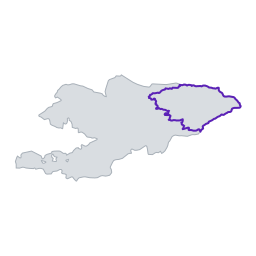 Ysyk-Köl highlighted on a map of Kyrgyzstan
{"feature_id": "KGZ-1117", "entity_name": "Ysyk-Köl", "entity_type": "Region", "adm_level": 1, "iso_a3": "KGZ", "parent_name": "Kyrgyzstan", "parent_adm1": "", "projection": "albers", "projection_center": [77.293, 42.048], "detail": "fine", "context": "in_parent", "style": "outline", "palette": "violet", "viewbox_px": 256, "rotation_deg": 0, "n_neighbors": 0, "source": "natural_earth", "source_scale": "10m", "svg_char_len": 8197}
<svg xmlns="http://www.w3.org/2000/svg" viewBox="0 0 256 256"><path d="M51.9,151.7L52.6,151.4L54.7,151.1L59.1,151.0L60.5,151.4L63.3,153.4L65.6,153.3L66.0,153.6L66.7,155.1L70.0,153.1L72.3,152.6L73.6,150.5L76.2,148.0L78.3,147.7L78.3,148.1L78.7,148.5L80.8,149.3L81.4,148.6L81.8,147.7L81.2,146.1L81.2,145.5L81.9,144.6L85.2,146.2L86.0,146.2L87.5,145.5L89.0,144.2L89.6,143.1L96.7,139.8L97.2,139.2L97.1,138.7L94.3,137.7L93.0,138.1L91.7,138.0L91.1,137.5L87.6,137.1L86.8,136.7L84.6,133.9L81.9,132.1L80.5,132.1L78.8,132.7L78.3,132.3L78.3,129.9L78.0,128.4L77.1,128.0L75.8,128.5L72.3,127.4L72.1,124.3L71.0,121.5L69.2,120.3L69.2,118.6L68.6,117.9L68.1,118.0L67.3,118.8L67.5,120.7L67.1,122.5L66.7,123.3L65.8,124.0L64.9,123.9L63.4,122.9L62.7,128.4L62.4,128.7L60.6,127.8L59.0,128.0L56.8,127.5L55.1,126.5L51.9,125.2L50.4,124.1L49.7,120.3L48.9,118.9L48.0,118.6L44.4,119.6L41.0,117.0L39.2,116.4L38.8,115.7L39.0,114.9L44.8,111.2L47.2,108.5L48.6,107.4L52.1,106.5L53.1,103.9L53.4,103.6L57.0,102.6L61.1,100.6L61.2,100.0L60.8,99.5L57.5,97.1L55.6,97.9L54.7,96.7L54.8,95.4L56.1,93.4L57.1,92.4L57.7,90.4L59.2,89.1L60.8,87.1L62.7,85.4L66.0,84.3L67.8,84.9L69.5,84.7L72.2,83.8L73.9,83.8L80.5,85.8L82.8,86.1L87.9,88.5L92.0,89.8L93.9,92.0L100.5,93.2L102.3,93.9L102.9,94.9L104.7,96.3L106.3,96.6L105.1,91.6L105.8,88.7L108.3,80.8L109.4,79.6L114.9,77.6L116.2,75.9L120.0,76.1L120.8,75.8L121.3,74.9L133.0,82.3L137.5,84.4L143.7,86.4L149.0,87.1L149.9,86.7L152.0,84.0L153.0,83.9L166.2,84.6L175.6,83.1L177.0,83.2L180.5,84.8L191.6,85.2L196.0,86.2L202.9,85.8L205.8,85.9L211.1,87.8L213.0,88.2L216.4,88.4L217.7,88.1L218.5,88.5L219.3,91.0L222.6,94.1L223.8,95.8L225.1,96.4L231.3,96.8L233.7,97.4L239.6,103.2L240.4,106.7L239.8,107.4L233.8,108.1L232.4,108.6L231.0,111.3L222.8,114.7L221.6,114.6L210.7,120.8L203.1,126.0L202.8,128.4L198.4,134.0L195.0,134.7L192.2,134.6L187.4,136.3L181.4,135.7L179.3,135.8L175.4,135.1L173.8,135.5L172.1,136.6L169.7,141.0L168.7,142.0L168.3,143.0L167.9,145.1L167.0,147.4L165.0,150.8L163.3,152.4L161.7,153.4L160.4,151.3L158.4,152.7L156.4,152.4L155.2,152.8L152.5,154.6L148.5,154.4L148.1,153.8L147.4,148.8L146.8,146.4L146.2,145.8L145.5,145.7L139.7,149.6L137.0,150.2L134.8,150.3L132.0,149.0L131.4,149.3L130.9,149.9L130.7,150.7L131.4,153.0L131.2,153.4L129.9,153.3L128.1,153.8L122.5,158.3L118.9,159.4L115.7,159.7L113.7,160.5L112.6,162.2L110.3,166.9L110.3,167.9L111.2,169.2L111.7,172.1L111.5,172.9L109.7,175.2L107.4,175.8L105.7,176.1L102.3,175.6L100.6,176.0L97.4,177.7L94.7,177.9L89.8,177.7L85.0,176.8L83.4,176.9L79.1,177.8L77.5,179.4L76.7,180.9L76.2,181.1L74.6,179.6L72.6,177.0L71.5,176.9L67.6,178.7L67.0,178.6L65.9,177.8L66.3,174.7L65.1,174.0L62.5,173.6L61.6,172.9L62.1,170.9L61.8,170.1L61.2,169.5L59.8,169.5L57.0,171.0L53.7,171.4L52.6,171.8L51.2,173.9L46.9,174.1L45.6,173.5L43.3,169.2L41.2,168.4L38.9,168.4L35.8,169.2L35.1,168.3L34.3,168.0L33.6,168.6L29.8,168.4L26.0,168.0L23.9,167.3L22.5,167.2L19.6,168.1L16.2,168.0L16.2,164.2L15.4,161.5L16.8,157.4L17.5,156.1L19.9,157.9L20.8,157.8L21.1,157.0L20.9,155.0L22.4,153.1L31.5,151.1L41.1,156.0L42.2,158.8L43.1,158.7L44.5,157.6L45.1,155.4L47.2,154.3L51.5,153.1L51.9,151.7ZM56.3,161.4L56.5,161.0L55.9,159.0L57.0,157.2L55.0,156.8L54.1,156.2L53.0,154.2L52.7,154.1L52.0,154.6L51.6,155.8L51.8,157.1L53.2,158.5L52.3,161.0L55.2,161.5L56.3,161.4ZM45.8,162.4L45.8,161.9L45.1,161.5L41.4,160.5L41.5,161.1L42.8,163.1L43.9,163.3L45.8,162.4ZM68.2,160.6L68.5,159.4L66.2,160.0L65.9,160.6L66.6,161.4L67.6,161.8L68.2,160.6Z" fill="#d9dde1" stroke="#a8b0b8" stroke-width="1"/><path d="M239.6,103.2L239.7,103.6L239.8,104.5L239.9,104.9L240.2,105.3L240.4,105.6L240.6,106.0L240.6,106.5L240.1,107.4L239.2,107.8L234.2,107.9L233.2,108.2L232.4,108.5L232.1,108.7L231.9,109.1L231.7,109.6L231.5,110.6L231.3,111.1L230.6,111.8L229.7,112.0L228.8,112.0L227.9,112.2L226.8,113.0L225.5,113.6L224.0,114.7L223.6,114.9L223.1,114.9L221.8,114.5L221.4,114.6L221.1,114.9L220.1,115.8L219.7,116.1L219.3,116.3L218.3,116.6L217.6,116.9L215.3,118.6L214.1,118.8L213.8,119.0L212.0,120.3L209.3,121.5L209.0,121.6L208.8,121.9L208.6,122.1L208.5,122.8L208.3,123.1L207.6,123.4L206.1,123.8L204.2,125.2L203.4,125.6L203.1,125.9L202.8,126.3L202.7,126.8L203.0,127.8L203.1,128.3L202.9,128.7L202.5,129.1L201.7,129.5L201.4,129.9L200.9,130.6L200.5,131.4L200.1,131.1L199.9,130.8L199.8,130.6L199.6,130.2L199.5,129.8L199.3,129.6L199.2,129.4L198.8,129.3L198.6,129.3L198.2,129.4L197.8,129.7L197.5,129.9L196.6,130.4L196.1,130.6L195.1,130.7L193.7,130.7L191.1,130.0L189.2,130.1L188.9,130.0L188.7,129.9L188.6,129.6L188.6,129.3L188.6,129.1L188.9,128.4L189.0,128.2L188.9,127.9L188.7,127.7L188.4,127.7L187.7,127.7L186.8,128.0L183.5,129.0L182.8,129.1L182.7,128.9L182.8,128.7L183.1,128.5L183.2,128.4L183.3,128.2L183.6,127.2L183.6,126.9L183.7,126.6L184.0,126.1L184.1,125.9L183.9,125.7L183.1,125.1L182.1,124.7L181.8,124.4L181.8,124.2L181.7,123.6L181.6,123.2L181.4,122.7L181.5,122.6L181.9,122.7L182.0,122.7L182.5,121.6L182.7,120.9L182.8,119.8L182.6,119.3L182.4,119.3L182.1,119.5L181.7,119.7L181.0,119.9L180.9,119.9L180.6,120.1L180.2,120.4L176.4,120.5L175.3,120.2L173.8,120.1L173.6,120.1L173.3,120.1L172.7,120.4L172.3,120.5L171.8,120.6L170.8,120.4L170.7,120.4L170.5,120.2L170.4,120.1L170.3,119.9L170.2,119.8L170.0,119.7L169.8,119.7L169.4,119.9L169.1,120.0L169.0,119.9L168.9,119.8L169.0,119.7L169.4,119.1L169.6,118.6L169.7,118.3L169.7,118.2L169.8,117.7L169.9,117.4L169.9,117.2L170.3,116.7L170.4,116.1L170.4,115.9L170.4,115.7L169.8,115.3L169.3,115.0L169.0,114.9L168.8,114.8L168.7,114.9L168.3,115.1L167.9,115.1L165.2,115.0L165.2,114.9L165.1,114.7L164.7,114.2L165.1,113.6L165.3,113.5L165.5,113.3L166.1,113.2L167.4,113.3L168.0,113.3L168.2,113.2L168.3,112.6L168.3,112.4L168.5,111.8L168.9,110.9L168.7,110.8L168.2,111.1L167.9,111.1L167.5,111.0L166.9,110.7L165.3,109.9L165.0,109.8L163.5,109.7L163.4,109.7L162.8,109.4L162.3,109.1L161.6,108.9L161.4,108.9L160.8,109.1L160.6,109.1L160.3,109.0L160.0,108.8L159.5,108.5L159.2,108.3L159.0,108.2L158.9,108.3L158.4,108.5L156.9,108.9L156.7,108.9L156.3,108.8L156.1,108.7L156.1,108.4L156.2,108.2L156.3,108.1L156.8,107.8L157.2,107.4L157.4,107.2L157.5,107.1L157.6,106.6L157.7,106.3L157.6,106.0L157.4,105.7L157.1,105.4L156.4,104.9L156.2,104.8L156.2,104.6L156.2,104.3L156.2,104.0L156.1,103.9L155.8,103.8L155.6,103.8L155.6,103.7L155.5,103.4L155.7,102.7L156.1,101.6L156.1,101.3L156.0,101.0L155.9,100.9L155.6,100.5L155.3,100.2L155.2,100.1L155.2,99.8L155.2,99.7L155.1,99.3L155.0,99.0L154.9,98.9L154.3,98.6L154.1,98.6L153.9,98.7L153.8,98.8L153.7,99.0L153.4,99.4L153.0,99.5L151.6,99.6L151.4,99.6L151.3,99.4L151.0,98.7L150.9,98.6L150.7,98.5L150.2,98.2L149.9,98.1L149.7,98.0L149.2,98.0L149.2,97.9L148.8,96.9L148.8,96.6L149.6,96.2L149.8,96.0L149.8,95.9L149.9,95.7L150.0,95.2L150.1,94.9L150.4,94.9L150.6,94.9L150.9,94.8L151.4,94.4L151.6,94.2L152.1,94.0L152.3,93.9L152.6,93.3L152.8,93.2L153.1,93.2L154.6,93.3L154.9,93.3L157.7,92.7L158.2,92.7L158.5,92.9L158.8,93.0L159.0,93.0L159.2,92.9L159.4,92.8L159.9,92.5L160.0,92.4L161.1,91.1L161.5,90.8L161.9,90.5L163.3,89.9L164.8,89.6L165.0,89.4L165.4,88.6L165.5,88.5L165.6,88.4L165.8,88.4L167.1,88.7L167.6,88.7L168.2,88.9L168.4,88.9L168.7,88.9L169.8,88.3L170.1,88.3L171.0,88.7L171.7,88.8L171.8,88.8L172.0,88.7L172.2,88.4L172.2,88.2L172.3,88.1L172.4,87.9L172.5,87.8L172.7,87.7L177.4,87.9L177.8,87.8L178.3,87.6L178.6,87.3L178.7,86.8L178.7,86.6L179.2,86.1L179.3,86.0L179.5,85.9L179.8,86.0L180.0,86.0L180.2,85.8L180.2,85.5L180.0,84.9L180.3,84.9L182.3,85.2L182.9,85.0L183.8,84.6L184.1,84.5L184.4,84.6L184.9,84.7L185.7,84.7L186.1,84.9L186.4,85.2L186.8,85.4L187.1,85.5L188.2,84.9L188.6,84.9L189.9,84.9L191.2,85.2L191.3,85.4L191.4,85.6L191.5,85.7L191.8,85.9L192.3,85.6L192.6,85.4L192.8,85.3L193.2,85.3L193.7,85.3L194.1,85.5L195.2,86.1L196.1,86.3L198.2,86.1L199.1,86.1L200.0,86.0L200.4,86.0L201.2,86.3L201.6,86.3L202.0,86.2L202.7,85.7L203.1,85.6L203.9,85.5L205.3,85.6L207.2,86.3L208.0,86.7L208.7,87.3L209.0,87.5L211.4,87.7L213.0,88.3L214.3,88.3L215.1,88.6L215.8,88.6L217.4,87.8L218.1,87.7L218.6,87.8L218.8,88.1L218.7,89.1L218.7,89.7L218.8,90.3L219.1,90.8L219.4,91.2L220.1,91.9L221.7,92.7L222.3,93.3L223.2,95.4L223.8,96.2L224.8,96.6L226.7,96.6L228.3,96.3L229.2,96.3L233.6,97.1L234.4,97.6L234.7,97.9L235.5,99.1L236.8,100.2L237.5,101.0L238.1,101.9L238.7,102.7L239.6,103.2Z" fill="none" stroke="#5b21b6" stroke-width="2"/></svg>